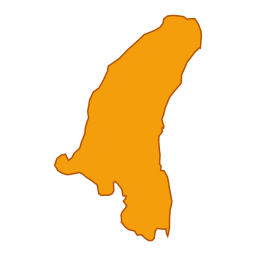 the district of Suakoko, Bong, Liberia
{"feature_id": "62588387B13478865264863", "entity_name": "Suakoko", "entity_type": "district", "adm_level": 2, "iso_a3": "LBR", "parent_name": "Liberia", "parent_adm1": "Bong", "projection": "equal_earth", "projection_center": [-9.592, 7.068], "detail": "fine", "context": "isolated", "style": "filled", "palette": "amber", "viewbox_px": 256, "rotation_deg": 0, "n_neighbors": 0, "source": "geoboundaries", "source_scale": "gbopen_adm2", "svg_char_len": 2205}
<svg xmlns="http://www.w3.org/2000/svg" viewBox="0 0 256 256"><path d="M200.3,48.1L200.8,43.1L201.3,35.7L201.0,31.2L200.8,31.1L198.6,24.7L198.3,24.3L194.8,18.7L189.6,18.7L187.3,19.4L183.5,16.6L180.5,16.2L180.0,16.1L173.3,15.4L167.6,16.0L165.1,17.9L163.8,19.0L162.8,23.7L160.2,27.1L155.3,30.1L149.9,32.4L144.4,34.5L139.3,39.4L136.4,42.0L127.8,49.7L119.2,58.6L108.3,66.1L108.3,66.3L107.5,71.2L103.8,79.3L99.1,87.9L93.3,92.1L92.3,94.3L89.7,99.9L88.5,106.8L87.7,111.4L88.0,113.5L88.6,118.0L87.2,121.2L85.5,127.2L84.8,133.8L83.5,137.0L81.7,141.6L79.6,148.4L74.1,153.4L71.8,157.8L68.8,160.1L68.4,160.4L65.7,154.8L65.4,154.2L61.2,155.1L59.0,156.9L56.9,158.7L54.7,165.1L57.2,169.4L57.7,170.4L57.9,170.6L60.7,172.3L62.1,173.2L65.1,174.1L67.7,174.8L79.7,172.5L82.8,174.2L83.7,174.9L86.2,177.1L92.2,181.0L97.1,184.8L97.9,188.0L98.1,189.5L98.8,193.7L101.2,195.4L104.0,195.2L106.8,195.2L108.9,195.2L112.1,193.7L113.8,190.7L113.8,190.2L113.4,182.6L114.9,181.3L117.1,183.0L120.2,187.1L121.9,189.4L123.0,195.8L125.7,196.0L126.3,196.0L125.4,198.8L123.3,201.1L126.3,205.2L126.1,206.5L126.5,206.4L126.1,207.2L124.9,208.8L122.4,211.6L121.0,215.2L121.3,216.9L121.5,220.1L121.3,222.4L123.3,224.0L123.1,224.3L124.9,226.6L126.4,227.8L128.7,229.6L134.7,231.1L137.1,235.1L139.7,234.9L141.4,234.7L142.7,235.9L145.0,238.1L148.8,240.6L149.0,240.6L152.0,240.6L154.3,238.3L154.7,234.2L155.4,230.6L157.2,228.5L162.7,229.1L164.7,229.1L164.9,229.1L166.0,229.1L166.5,233.6L167.4,235.4L167.7,236.1L168.5,232.8L169.5,227.4L169.5,218.9L170.0,212.6L169.9,210.7L170.2,210.1L171.9,201.7L171.4,198.9L171.3,198.5L169.0,185.4L168.4,181.5L168.1,180.3L167.4,176.8L165.4,173.3L164.8,172.1L164.4,171.4L164.1,170.8L160.6,170.4L161.1,166.0L160.1,164.7L159.6,164.0L159.7,162.2L159.7,161.4L159.9,157.2L159.9,156.1L160.0,154.9L159.4,150.0L159.2,147.2L158.7,141.7L158.8,138.9L158.8,136.4L159.5,135.5L159.9,134.9L162.5,131.5L161.8,129.6L162.3,127.5L163.4,128.3L163.9,126.2L162.5,121.9L162.4,121.6L161.8,119.1L163.6,114.9L164.6,110.5L165.3,107.7L165.5,107.3L169.4,97.5L174.0,91.6L174.4,91.1L181.1,83.2L181.5,76.5L181.5,75.1L187.2,62.1L189.2,59.5L189.4,59.3L194.8,52.1L197.4,49.7L199.5,47.8L200.3,48.1Z" fill="#f59e0b" stroke="#b45309" stroke-width="1.5"/></svg>